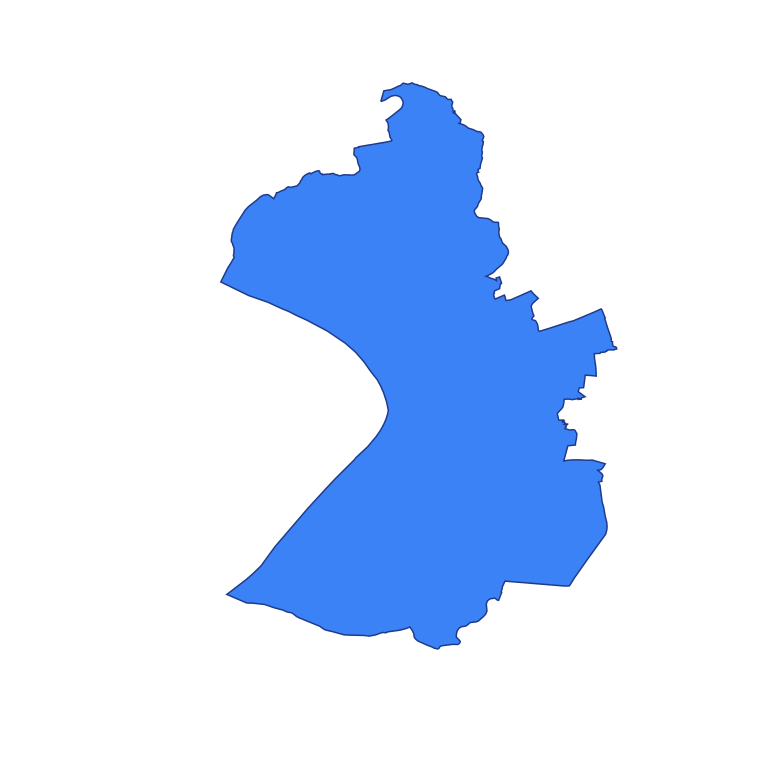 the district of Hinova, Mehedinti, Romania, rotated 336°
{"feature_id": "2599482B25696524526243", "entity_name": "Hinova", "entity_type": "district", "adm_level": 2, "iso_a3": "ROU", "parent_name": "Romania", "parent_adm1": "Mehedinti", "projection": "natural_earth1", "projection_center": [22.791, 44.546], "detail": "fine", "context": "isolated", "style": "filled", "palette": "blue", "viewbox_px": 768, "rotation_deg": 336, "n_neighbors": 0, "source": "geoboundaries", "source_scale": "gbopen_adm2", "svg_char_len": 6171}
<svg xmlns="http://www.w3.org/2000/svg" viewBox="0 0 768 768"><g transform="rotate(336 384 384)"><path d="M380.6,636.8L383.2,635.6L385.7,633.3L387.9,626.8L388.7,625.8L390.1,624.3L391.9,623.7L394.1,623.5L398.3,624.8L399.5,627.3L400.7,628.3L406.7,622.3L406.4,621.6L409.0,618.7L409.4,617.7L414.3,613.3L466.6,641.9L470.9,643.8L471.8,643.5L479.2,638.5L498.1,627.2L525.5,611.3L528.3,607.8L529.7,605.2L531.2,601.1L532.2,595.3L534.6,585.6L535.3,580.4L540.1,564.4L539.9,560.8L543.5,561.5L543.7,560.4L545.4,558.2L546.4,557.3L546.6,556.7L546.7,555.3L546.3,554.1L545.3,551.9L544.0,549.7L544.3,549.5L546.1,550.2L547.6,550.5L550.2,549.3L553.6,546.9L543.5,538.3L538.3,536.2L531.9,532.9L525.3,530.0L520.6,528.3L516.9,527.5L526.6,515.5L527.1,515.3L534.0,517.6L535.0,515.7L537.5,512.3L540.0,507.8L539.6,503.9L539.0,503.2L537.3,502.3L535.1,501.7L531.1,498.3L532.7,497.5L532.6,496.5L533.5,496.5L533.8,495.5L535.2,495.6L535.4,495.2L533.3,494.7L532.3,494.0L533.8,493.8L532.8,491.8L531.5,491.4L531.6,490.8L533.7,491.0L533.5,490.0L528.9,488.1L529.7,484.7L530.0,482.4L530.8,481.1L536.3,478.8L538.2,477.6L540.6,474.4L542.3,471.3L544.8,472.1L547.9,473.6L549.4,474.8L553.7,475.9L555.6,475.9L556.2,476.4L555.6,476.4L555.1,477.0L558.0,478.1L558.2,477.4L558.8,477.0L562.5,477.4L558.3,470.0L560.8,467.0L564.8,468.5L565.6,467.4L571.4,457.8L576.8,460.6L581.1,463.1L583.6,456.8L584.9,452.9L586.6,446.6L588.5,441.8L593.8,443.9L594.8,443.2L598.8,444.7L599.2,444.3L600.7,444.7L601.6,443.9L603.7,444.4L607.9,446.4L609.0,446.3L610.8,446.7L611.2,445.3L610.8,444.4L608.9,443.0L608.7,442.4L609.2,439.9L610.0,438.4L609.2,437.7L609.1,437.0L610.0,435.1L610.3,433.4L611.2,422.9L612.3,413.8L613.1,413.5L612.9,412.6L613.2,406.9L613.1,403.9L612.8,403.7L606.4,403.8L582.7,403.3L578.3,402.5L557.2,400.3L547.6,399.1L546.8,398.0L548.1,393.8L548.5,391.7L548.2,388.0L547.7,387.3L546.0,386.0L545.5,384.8L545.7,384.2L547.9,383.2L548.5,382.9L548.7,382.4L548.8,381.6L548.6,381.0L549.9,373.1L551.3,371.6L552.9,370.7L559.8,368.5L557.3,362.5L556.2,358.7L535.7,358.7L533.4,358.5L529.3,357.3L530.1,353.4L530.1,351.7L520.1,351.6L520.0,351.3L520.0,349.7L520.7,346.3L521.5,346.1L523.0,343.8L528.4,344.0L530.8,340.0L532.0,340.1L532.4,339.8L533.1,333.2L529.5,332.8L528.8,335.4L527.0,332.8L524.6,330.9L522.0,327.8L521.1,327.2L527.2,326.9L528.9,326.6L530.9,326.0L532.8,325.1L541.1,322.6L546.4,319.0L548.1,317.3L549.8,316.3L551.1,314.6L551.5,313.6L551.9,311.3L551.6,307.9L549.6,303.2L549.9,298.2L549.3,297.2L550.4,292.4L552.4,289.3L552.8,286.7L554.2,283.2L553.7,282.5L551.1,281.4L550.0,280.5L549.3,279.7L548.3,277.7L546.3,275.2L538.3,270.6L537.2,269.1L536.8,268.1L536.5,264.9L536.6,263.6L537.2,261.9L541.5,259.9L543.4,257.7L547.9,254.5L548.6,253.6L549.4,251.7L550.6,250.2L553.8,245.2L553.4,242.0L553.5,238.9L553.2,237.8L553.1,236.0L553.1,235.3L553.9,232.4L553.9,230.3L554.2,229.5L554.8,229.0L556.3,228.9L555.8,228.5L556.9,227.5L557.2,226.2L559.4,226.1L561.6,222.5L565.9,217.6L565.7,215.9L568.3,212.0L568.2,210.6L570.4,207.0L571.9,205.5L573.3,203.2L573.3,202.8L572.7,202.1L572.9,201.6L575.8,198.6L575.9,198.1L575.8,196.2L574.9,193.3L573.4,192.1L571.6,191.1L569.2,188.1L565.4,184.8L564.6,183.7L563.9,181.9L561.9,179.4L560.6,178.1L558.7,176.8L558.5,176.3L559.9,176.3L561.8,173.8L559.5,167.1L559.1,165.1L559.8,163.5L559.6,163.2L559.3,163.4L558.2,165.1L557.6,164.6L559.0,160.1L558.6,159.0L559.1,157.3L560.9,155.2L561.5,154.1L561.1,153.0L561.1,151.2L558.3,150.2L557.7,149.2L556.9,146.6L552.6,143.4L552.1,142.3L551.4,139.3L549.7,137.3L544.0,131.9L542.2,129.7L538.9,126.6L537.7,126.2L536.3,124.2L534.0,122.7L532.1,120.3L527.9,120.0L524.1,117.1L523.5,117.0L520.5,118.0L517.9,117.7L516.3,117.9L510.1,117.9L503.1,116.1L496.4,124.1L496.6,124.7L500.5,125.0L507.3,124.0L510.6,124.6L512.9,125.6L514.8,127.4L515.4,128.2L516.0,129.9L516.3,132.8L516.0,134.4L515.5,135.6L514.2,137.3L512.5,138.7L511.2,139.4L501.4,142.0L495.3,143.4L493.2,143.7L493.8,147.1L492.7,151.0L490.8,153.9L491.1,155.8L489.9,161.0L490.3,163.9L490.3,164.7L489.8,165.0L483.7,163.7L457.3,156.9L457.2,157.4L454.7,157.1L453.4,156.5L452.7,156.6L449.8,162.2L449.9,162.9L450.8,164.9L451.1,166.5L451.0,168.1L450.0,172.0L449.9,176.2L449.3,178.4L448.1,179.5L447.2,179.8L442.2,180.8L439.7,180.2L437.4,178.9L432.5,176.6L427.9,175.7L427.4,175.3L426.3,173.8L424.7,172.9L423.5,171.1L420.9,170.2L420.5,170.5L418.1,169.4L413.0,167.7L413.1,167.1L412.2,166.6L411.7,165.8L411.4,164.8L411.7,163.4L411.5,163.0L410.7,162.4L408.1,162.0L404.1,162.0L402.7,162.3L402.1,161.0L399.8,160.8L396.3,161.3L393.7,162.2L392.0,163.8L390.3,164.6L389.2,165.9L385.1,167.6L379.0,166.5L376.7,164.9L375.1,165.0L372.2,166.0L367.1,165.8L365.4,166.1L363.6,165.5L362.7,166.6L358.7,169.9L355.4,164.2L354.0,163.3L350.7,162.4L347.4,162.6L342.3,164.3L332.4,166.8L327.7,168.8L315.0,177.2L309.4,181.3L308.1,183.2L306.8,184.4L303.1,190.3L302.5,192.0L302.8,193.3L302.5,195.4L302.3,198.7L301.0,201.6L300.4,202.6L300.0,203.9L299.0,204.8L298.6,205.7L298.6,207.4L293.2,211.3L288.9,214.1L276.4,224.4L296.4,248.2L311.2,262.1L321.0,273.3L326.3,278.8L331.8,285.6L339.8,294.7L353.7,312.5L365.2,330.9L370.9,343.2L372.2,347.4L374.7,355.6L376.9,366.8L379.6,377.4L380.1,384.0L380.1,391.5L379.1,401.4L377.2,409.9L375.1,412.9L371.8,416.7L368.1,420.1L362.7,424.4L355.5,428.8L343.7,434.6L328.3,439.9L326.2,441.1L301.0,450.7L287.7,456.3L264.1,466.5L218.2,488.3L197.5,500.2L186.1,504.3L178.2,506.7L154.8,512.3L169.5,528.2L175.1,530.9L185.2,536.8L192.5,543.6L199.8,549.5L202.8,552.9L206.2,555.2L207.5,556.8L209.3,560.4L211.1,562.8L227.0,579.4L228.3,581.9L229.7,584.0L231.1,585.4L236.4,589.4L245.5,596.9L250.6,599.5L263.9,605.8L268.0,608.3L274.3,609.8L280.4,610.2L282.2,610.7L284.4,612.0L286.8,612.0L298.5,615.4L305.7,616.5L308.8,616.5L309.6,621.2L309.7,623.2L309.4,625.4L308.8,626.6L308.7,627.8L309.0,629.6L310.4,632.5L317.1,640.0L321.1,644.0L322.6,646.0L323.6,646.5L324.5,647.4L325.6,647.9L326.5,647.9L328.3,646.7L329.4,646.5L331.6,647.0L341.2,649.9L345.0,651.8L346.6,651.9L348.0,651.3L348.5,650.9L348.8,650.2L348.9,649.5L347.2,644.8L347.7,643.1L349.6,640.3L350.8,639.1L353.1,637.7L355.1,637.3L356.0,637.3L360.4,638.4L362.4,638.0L365.2,637.1L366.0,637.1L371.5,638.8L373.0,638.9L373.9,638.9L380.6,636.8Z" fill="#3b82f6" stroke="#1e3a8a" stroke-width="1.5"/></g></svg>